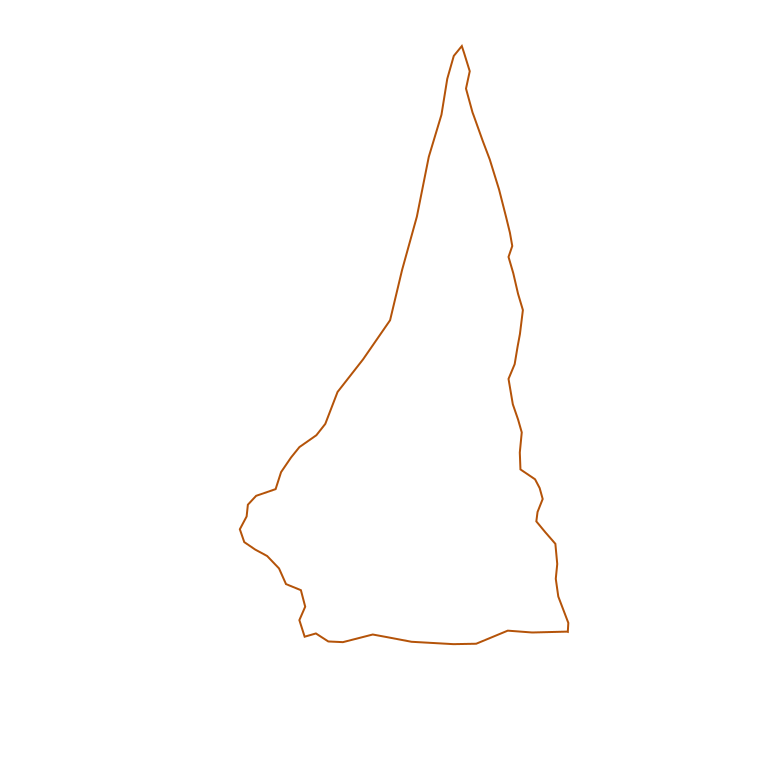 outline of Nordanstig, Gävleborg, Sweden, rotated 71°
{"feature_id": "70781695B45160094549088", "entity_name": "Nordanstig", "entity_type": "district", "adm_level": 2, "iso_a3": "SWE", "parent_name": "Sweden", "parent_adm1": "Gävleborg", "projection": "albers", "projection_center": [16.927, 62.052], "detail": "fine", "context": "isolated", "style": "outline", "palette": "amber", "viewbox_px": 768, "rotation_deg": 71, "n_neighbors": 0, "source": "geoboundaries", "source_scale": "gbopen_adm2", "svg_char_len": 1085}
<svg xmlns="http://www.w3.org/2000/svg" viewBox="0 0 768 768"><g transform="rotate(71 384 384)"><path d="M89.8,200.4L96.5,211.2L116.0,224.8L148.1,242.0L183.8,267.7L236.4,298.4L282.1,329.8L325.7,357.5L353.9,395.8L376.4,430.5L402.6,452.5L410.4,464.6L416.1,484.5L423.2,495.8L433.8,510.0L448.1,520.7L448.1,541.3L453.8,552.0L464.5,557.0L474.4,567.6L488.0,567.6L498.6,559.7L508.6,550.5L524.2,543.3L541.3,541.8L551.9,529.7L568.9,531.0L579.7,540.9L597.1,541.3L597.7,529.6L609.3,520.5L614.7,506.9L617.2,476.2L624.3,463.6L636.7,441.9L652.6,403.0L659.6,381.4L657.5,347.3L667.2,324.8L677.7,291.6L678.2,290.9L669.9,287.5L641.7,288.4L624.1,285.0L610.6,278.8L590.9,274.0L576.8,279.7L563.5,284.7L555.0,280.5L544.4,271.4L533.1,270.7L523.3,272.2L509.2,282.8L493.0,277.9L474.6,269.5L461.3,268.8L445.1,268.8L419.7,264.6L407.8,254.0L392.3,245.6L381.0,239.2L359.3,228.6L342.4,227.9L321.3,225.7L304.4,224.9L295.3,217.8L282.0,215.7L265.8,214.2L237.7,211.9L206.1,210.9L186.4,211.5L159.9,211.8L156.2,211.9L131.4,210.3L116.2,201.1L96.9,200.5L89.8,200.4Z" fill="none" stroke="#b45309" stroke-width="2"/></g></svg>